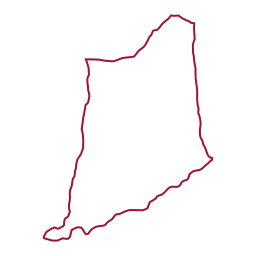 Bidung, Tashigang, Bhutan (Equal Earth projection)
{"feature_id": "84629894B69325222968973", "entity_name": "Bidung", "entity_type": "district", "adm_level": 2, "iso_a3": "BTN", "parent_name": "Bhutan", "parent_adm1": "Tashigang", "projection": "equal_earth", "projection_center": [91.654, 27.391], "detail": "fine", "context": "isolated", "style": "outline", "palette": "rose", "viewbox_px": 256, "rotation_deg": 0, "n_neighbors": 0, "source": "geoboundaries", "source_scale": "gbopen_adm2", "svg_char_len": 4028}
<svg xmlns="http://www.w3.org/2000/svg" viewBox="0 0 256 256"><path d="M43.7,237.9L44.7,238.4L46.4,238.9L49.6,239.8L50.8,240.2L53.5,240.6L57.2,240.6L58.9,240.0L60.8,239.1L62.6,238.3L63.5,238.5L65.2,238.6L66.4,238.9L68.0,238.8L69.7,237.3L70.4,235.2L71.7,229.9L76.9,227.4L79.7,227.3L81.4,227.8L82.5,229.0L85.3,233.8L86.0,234.2L87.1,234.1L87.8,233.9L88.4,233.4L90.7,230.4L92.2,228.9L95.7,227.0L97.1,226.5L98.2,226.4L99.2,226.1L103.3,225.7L104.8,225.1L105.9,224.2L106.8,223.0L108.8,221.3L111.6,219.5L112.5,218.7L114.6,215.8L115.9,214.6L117.0,214.3L119.3,214.0L120.6,213.5L124.3,211.8L125.9,211.1L129.5,210.1L132.3,210.0L142.4,210.3L144.5,209.6L147.4,208.3L147.8,207.5L149.8,202.0L152.3,200.8L155.9,198.4L157.1,196.4L158.6,195.7L161.7,194.6L162.6,194.1L164.9,192.0L167.3,189.4L168.6,188.2L169.3,187.8L170.3,187.1L171.3,186.9L172.4,186.6L173.7,186.8L176.8,186.9L178.0,186.6L179.1,186.0L180.1,185.0L181.5,182.6L182.4,181.6L183.7,180.9L186.9,179.8L187.5,179.4L188.1,178.6L189.2,175.5L189.3,174.7L190.0,173.8L191.3,172.8L191.8,172.3L192.9,171.4L194.8,170.8L195.9,170.6L199.2,170.0L200.9,169.4L202.8,167.9L205.4,165.4L206.9,164.3L207.6,163.8L209.3,162.0L210.1,161.3L210.7,160.7L212.0,160.0L212.3,158.2L210.8,157.8L208.9,156.5L207.7,154.9L207.2,153.7L206.0,150.1L205.0,147.3L203.5,144.9L203.1,143.6L202.9,142.8L202.4,141.0L201.7,139.5L200.5,137.3L200.0,135.0L200.0,134.0L200.0,132.3L199.9,129.6L200.6,124.7L200.5,121.8L200.3,120.1L200.0,118.5L199.7,117.2L199.5,116.1L199.2,115.3L198.8,114.3L198.3,113.2L198.3,111.5L198.6,109.0L198.2,107.3L198.0,106.3L197.8,105.4L197.6,104.4L197.5,103.7L197.4,102.8L197.3,101.8L197.2,100.2L197.2,99.2L197.1,97.0L197.2,95.5L197.2,94.6L197.2,93.4L197.2,92.0L197.2,90.9L197.0,89.2L196.9,88.1L196.7,86.0L196.6,85.1L196.3,83.8L196.1,81.8L196.1,80.9L195.9,79.8L195.8,78.8L195.6,77.9L195.6,76.7L195.6,75.3L195.5,74.3L195.5,73.4L195.5,72.5L195.5,71.5L195.5,70.7L195.5,70.0L195.5,69.1L195.5,68.2L195.3,67.3L195.1,66.4L194.9,65.6L194.8,64.7L194.7,63.7L194.5,62.8L194.3,61.8L194.2,60.7L194.1,59.5L194.0,58.7L193.9,57.5L193.8,56.5L193.5,55.0L193.4,54.1L193.1,52.9L193.1,51.9L193.0,51.1L193.0,50.1L193.0,49.3L192.9,48.4L192.9,47.3L192.9,46.4L192.9,45.5L192.9,44.4L193.5,42.4L194.4,39.8L194.7,39.0L194.6,38.2L194.6,37.3L194.5,36.4L194.1,29.8L194.1,28.6L194.2,24.0L194.2,23.3L190.8,22.7L190.0,21.9L187.7,20.7L186.1,20.2L184.2,19.2L182.7,18.6L181.4,17.6L178.5,15.5L175.4,15.8L172.4,15.7L171.1,15.4L170.1,16.6L168.2,19.0L167.0,19.8L164.6,21.8L163.5,22.6L161.9,24.3L159.8,27.1L157.5,29.6L156.7,30.1L155.4,30.1L154.1,30.4L152.9,31.0L152.5,32.1L151.2,35.1L150.6,35.7L149.6,36.6L149.1,37.7L148.2,39.5L147.0,41.9L145.4,44.7L144.4,46.1L143.3,47.3L141.1,48.9L139.1,50.4L137.7,51.9L135.7,54.7L134.2,56.4L132.5,56.8L131.0,57.0L129.3,57.3L126.7,57.5L124.2,57.8L122.3,58.1L120.1,58.9L116.9,60.2L113.8,61.2L111.0,61.3L109.0,60.9L106.3,60.9L101.2,60.1L99.3,59.7L95.9,59.5L91.3,59.4L89.0,59.3L87.4,59.3L85.8,59.3L87.2,63.1L88.6,67.9L88.9,73.3L88.9,75.0L88.2,76.3L87.9,77.1L87.6,77.8L87.4,78.7L87.4,79.8L87.4,81.9L87.5,82.9L87.6,84.2L87.9,85.5L88.0,86.9L88.1,88.8L88.3,90.9L88.9,92.5L89.0,93.8L89.2,94.9L89.4,96.2L88.2,102.2L87.3,103.5L86.2,104.4L85.5,105.4L84.0,114.1L83.7,115.6L83.1,118.5L83.0,119.5L82.6,123.3L82.3,124.5L82.2,125.3L82.1,126.3L82.0,127.6L81.7,128.9L82.0,130.3L82.5,132.9L82.7,133.6L82.8,134.8L83.0,137.0L83.3,141.0L83.1,144.5L83.1,148.4L81.8,151.5L81.2,153.7L80.2,155.1L79.6,156.3L77.5,159.2L77.3,160.0L76.4,163.6L75.8,168.4L74.9,171.9L74.6,176.0L72.8,179.0L72.3,181.6L72.0,185.0L70.8,188.5L70.2,190.0L70.0,191.0L69.8,192.7L69.8,194.9L69.9,196.1L70.0,197.4L69.9,198.6L69.7,200.5L69.5,201.8L69.3,203.0L69.1,204.1L68.9,206.6L69.0,208.4L69.8,211.3L69.8,212.1L69.0,213.5L68.7,215.3L68.3,216.1L67.3,217.1L65.1,218.7L64.7,219.3L64.5,220.5L64.2,221.9L64.1,222.8L64.1,224.2L63.8,225.4L63.1,226.2L61.3,227.2L59.7,228.0L57.6,228.8L56.7,228.4L55.4,227.8L54.8,227.5L53.8,227.6L53.1,228.2L51.7,228.5L49.6,229.9L48.0,230.9L46.6,231.9L45.6,233.4L45.0,234.6L43.8,236.8L43.7,237.9Z" fill="none" stroke="#9f1239" stroke-width="2"/></svg>